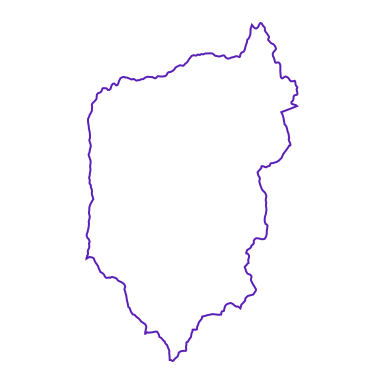 Carlos Fermin Fitzcarrald, Áncash, Peru
{"feature_id": "86281439B49389172682123", "entity_name": "Carlos Fermin Fitzcarrald", "entity_type": "district", "adm_level": 2, "iso_a3": "PER", "parent_name": "Peru", "parent_adm1": "Áncash", "projection": "equal_earth", "projection_center": [-77.23, -9.052], "detail": "fine", "context": "isolated", "style": "outline", "palette": "violet", "viewbox_px": 384, "rotation_deg": 0, "n_neighbors": 0, "source": "geoboundaries", "source_scale": "gbopen_adm2", "svg_char_len": 5863}
<svg xmlns="http://www.w3.org/2000/svg" viewBox="0 0 384 384"><path d="M297.0,106.1L296.0,105.2L292.1,104.0L291.7,103.7L291.4,103.1L291.4,102.2L291.7,101.7L292.8,100.7L293.4,99.4L293.6,96.7L294.1,95.7L295.1,95.1L296.5,94.9L297.1,94.6L297.5,93.8L296.6,89.3L297.3,87.7L297.2,86.8L296.1,85.8L295.6,84.7L295.3,82.1L295.0,81.1L294.7,80.8L294.3,80.8L293.1,81.2L291.1,81.3L289.9,80.3L288.6,78.3L287.6,77.3L285.6,76.5L284.7,76.8L282.5,78.3L282.0,78.3L281.4,77.9L281.0,77.3L280.7,76.4L280.3,71.2L280.4,65.7L280.2,64.9L279.6,63.4L278.8,62.6L277.9,62.4L275.8,62.8L275.1,62.3L274.0,58.0L273.0,56.1L272.7,54.1L273.0,53.0L273.7,51.9L275.8,49.5L275.9,48.4L275.6,47.3L274.2,44.9L273.5,44.3L270.8,43.0L269.6,41.4L268.3,40.3L268.1,39.2L269.0,37.6L268.9,36.5L267.2,33.8L265.3,31.4L264.9,30.2L264.8,28.0L264.5,27.2L263.2,26.0L261.6,23.4L260.6,23.0L260.0,23.3L259.2,24.6L258.1,27.1L256.3,28.5L255.4,28.4L254.8,28.1L253.7,27.1L251.9,24.9L250.6,28.9L250.4,34.2L249.2,37.7L248.5,38.7L247.3,39.7L246.9,42.4L245.7,45.7L244.7,49.8L243.7,51.6L242.9,52.1L242.1,52.3L241.3,52.9L240.3,54.6L240.1,56.3L239.7,56.9L239.4,57.1L237.7,56.4L235.8,56.2L233.9,57.0L231.4,57.5L229.2,58.5L227.8,58.6L226.4,58.0L225.6,57.3L224.4,55.7L223.9,55.4L223.0,55.4L220.0,56.4L219.0,56.5L215.1,55.7L212.8,53.7L211.4,53.3L205.3,53.5L203.1,54.4L201.2,54.1L199.8,55.0L198.0,54.5L196.8,55.3L195.9,55.6L193.5,55.2L191.9,55.8L191.4,56.2L189.5,58.6L187.5,61.7L186.4,62.9L185.3,63.7L183.5,65.6L182.5,65.8L180.6,65.3L179.8,65.3L176.5,66.9L175.4,67.7L174.2,69.6L172.7,70.9L170.4,72.0L168.6,72.2L168.1,72.5L167.4,73.3L166.8,74.7L165.4,76.1L162.0,76.6L158.1,76.2L157.5,76.4L155.9,78.1L155.0,78.3L153.8,77.9L152.3,77.0L150.6,77.1L147.5,76.7L144.8,77.8L143.3,79.1L141.1,79.3L139.6,80.1L138.0,80.2L136.5,80.6L136.0,80.4L133.8,79.0L132.7,79.1L131.7,79.5L127.0,77.6L125.6,77.5L124.3,77.0L122.9,77.0L120.5,78.2L119.0,81.1L118.3,83.4L117.5,84.9L116.6,85.4L115.9,85.1L114.1,83.5L112.9,83.8L111.6,85.4L110.5,88.9L109.1,90.0L107.7,89.8L106.7,88.6L105.8,88.2L102.9,88.2L102.3,88.9L101.7,90.7L100.7,92.1L100.1,92.5L98.2,93.1L97.2,94.1L96.8,95.1L96.6,98.1L96.4,99.0L95.2,100.6L92.4,103.4L92.0,104.2L91.8,105.0L92.1,106.2L91.9,110.8L90.4,113.8L89.7,114.7L89.1,116.8L88.2,118.4L88.0,120.0L88.1,122.3L88.9,127.6L88.9,128.9L89.4,130.4L89.9,133.7L90.0,137.8L89.8,138.8L89.4,139.5L89.3,140.4L90.6,144.5L90.8,146.3L89.7,150.6L89.5,152.3L88.8,153.9L88.6,154.9L90.5,160.5L90.7,162.1L90.1,166.3L90.4,168.8L90.4,170.6L89.8,173.4L89.8,175.0L89.1,177.7L89.8,180.3L89.5,183.1L89.7,183.7L90.6,184.8L90.8,185.2L90.9,187.7L91.5,188.6L91.8,189.8L92.0,191.6L91.8,193.2L92.0,194.6L93.3,199.0L93.1,199.5L91.1,202.8L90.2,204.7L89.7,206.0L89.3,208.0L89.3,210.4L88.9,212.2L89.1,213.9L89.7,216.0L89.7,217.7L88.7,221.6L89.0,223.6L88.6,227.5L87.4,232.6L86.7,234.5L86.6,235.6L87.4,237.8L88.5,238.9L89.0,239.7L89.5,241.1L89.6,242.1L89.0,243.3L89.3,246.2L89.2,247.7L87.8,250.7L87.8,251.8L88.1,253.0L87.7,255.1L87.1,256.0L87.0,257.0L86.6,257.7L86.5,258.7L89.5,256.9L92.9,257.7L93.8,258.4L95.0,261.7L98.1,266.2L98.7,268.2L100.5,272.1L101.7,272.6L103.3,273.8L104.1,274.8L105.0,276.7L105.9,277.6L106.8,277.9L109.3,277.5L110.2,277.8L111.2,277.2L112.3,277.0L114.5,277.6L116.0,278.2L117.0,279.1L117.8,280.3L118.6,280.9L121.5,282.2L123.9,283.9L125.0,285.8L125.2,286.6L124.4,289.2L126.1,294.9L127.1,301.2L127.6,302.9L128.3,306.9L129.6,308.0L131.1,312.0L132.7,314.3L134.6,314.9L136.9,317.3L138.3,318.1L139.7,319.6L141.0,321.4L145.2,324.2L146.2,326.0L146.2,327.6L145.2,332.5L145.2,333.7L145.7,333.6L147.2,332.3L148.9,332.7L153.5,332.1L155.2,331.6L157.2,331.7L159.0,334.9L159.2,336.4L159.5,337.0L161.2,337.9L163.8,341.0L164.7,341.5L165.3,343.2L165.9,344.0L167.0,344.9L168.3,348.4L169.1,350.1L169.3,351.2L169.2,353.6L169.5,355.4L169.7,360.0L171.0,360.0L172.1,360.8L172.9,361.0L173.6,360.5L174.5,359.1L177.5,356.6L178.4,354.3L178.5,353.2L179.5,352.0L181.4,351.1L183.7,350.8L185.4,350.9L186.0,350.6L186.2,349.5L186.0,346.4L186.4,345.1L186.4,342.6L186.7,342.2L188.0,341.6L189.0,339.7L191.0,336.9L191.5,333.6L192.5,331.2L192.6,329.7L194.2,329.5L195.4,329.8L196.1,329.7L197.0,329.2L196.9,328.4L197.2,326.7L198.1,324.9L198.5,323.3L199.2,321.9L201.9,318.5L202.2,316.6L208.6,314.9L212.8,314.1L218.4,314.8L221.1,314.6L221.5,312.0L222.0,311.4L223.6,311.0L224.1,310.6L224.2,309.1L224.8,307.4L224.9,306.4L226.1,304.8L226.8,304.3L228.4,303.6L230.6,303.0L232.8,303.9L233.5,304.7L236.0,306.5L238.0,306.5L240.4,308.4L241.3,304.8L245.1,300.7L245.3,298.7L245.9,297.7L248.0,295.9L253.3,294.5L255.9,290.5L256.0,289.8L255.8,288.8L255.0,287.7L254.1,285.9L253.1,284.6L251.0,280.4L250.9,279.4L251.5,277.0L251.4,276.1L250.8,275.3L249.8,274.5L248.3,274.0L247.2,273.2L246.0,271.1L245.4,268.8L244.8,267.5L244.7,267.0L245.3,266.2L246.4,265.2L247.5,263.6L248.5,263.1L248.2,259.9L249.0,257.3L249.1,256.1L248.8,255.2L248.1,254.1L247.0,253.3L246.2,253.3L246.1,253.0L247.1,250.0L249.4,248.7L250.6,247.7L251.2,246.8L251.5,245.6L253.5,243.9L253.8,242.9L253.8,240.6L254.8,239.2L255.9,238.4L257.0,238.2L259.8,238.7L261.5,239.2L264.2,239.1L264.9,238.5L265.8,237.1L266.7,234.4L266.8,231.1L267.5,225.9L267.2,225.0L266.7,224.5L265.5,223.8L265.2,222.9L264.6,220.5L264.9,217.0L265.9,213.8L266.4,210.3L266.4,208.6L265.9,205.0L266.3,202.9L265.8,201.1L265.8,199.2L266.4,195.9L265.5,193.6L264.8,192.4L263.0,190.7L262.1,189.6L260.6,186.0L259.3,181.7L259.3,181.1L259.9,178.7L259.7,177.7L258.2,175.2L257.6,172.2L260.9,168.5L261.4,167.7L261.4,166.5L261.6,166.2L263.5,166.3L264.8,167.0L266.2,167.3L267.7,166.3L269.4,166.0L269.8,165.6L270.0,164.7L270.6,163.4L273.2,163.0L276.5,162.0L278.8,160.6L281.6,157.9L283.1,154.3L287.9,147.8L289.1,145.7L289.3,145.5L289.9,145.7L290.2,145.4L290.5,144.9L290.2,143.3L289.3,141.5L288.7,139.3L288.8,138.8L289.2,137.8L288.8,135.9L288.6,134.0L287.5,131.1L287.1,128.9L286.5,126.9L285.6,125.3L284.6,124.4L283.5,118.0L282.6,114.9L281.3,112.2L297.0,106.1Z" fill="none" stroke="#5b21b6" stroke-width="2"/></svg>